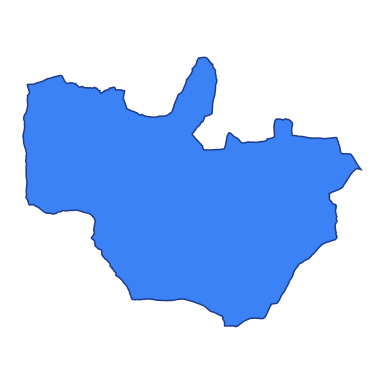 outline of Ikungi, Singida, United Republic of Tanzania
{"feature_id": "72390352B5494870713744", "entity_name": "Ikungi", "entity_type": "district", "adm_level": 2, "iso_a3": "TZA", "parent_name": "United Republic of Tanzania", "parent_adm1": "Singida", "projection": "mercator", "projection_center": [34.477, -5.124], "detail": "fine", "context": "isolated", "style": "filled", "palette": "blue", "viewbox_px": 384, "rotation_deg": 0, "n_neighbors": 0, "source": "geoboundaries", "source_scale": "gbopen_adm2", "svg_char_len": 5801}
<svg xmlns="http://www.w3.org/2000/svg" viewBox="0 0 384 384"><path d="M361.0,169.5L357.9,165.4L352.7,156.6L350.7,154.1L345.8,153.7L342.2,153.8L341.6,153.5L341.2,153.0L340.4,150.8L339.6,146.4L338.5,143.4L338.3,141.8L337.5,140.3L337.2,139.0L336.6,137.7L335.9,137.5L324.5,138.7L320.8,138.2L310.0,138.0L302.3,136.5L298.7,136.3L295.4,135.6L292.6,135.5L292.3,135.3L291.8,134.3L292.0,133.5L291.6,130.7L291.8,128.1L292.4,125.1L292.4,123.8L292.1,122.6L290.2,120.6L288.9,119.6L288.0,119.6L286.0,118.9L284.6,119.1L283.5,120.0L280.0,119.1L276.6,119.1L275.7,119.6L275.0,120.7L274.7,121.7L273.9,127.0L274.6,136.6L274.2,137.0L271.7,138.1L267.1,139.0L267.2,139.4L266.7,140.5L266.1,140.8L263.7,141.4L260.4,141.6L258.8,142.1L255.7,142.4L252.9,142.1L249.4,142.2L248.1,141.9L244.4,142.9L242.2,143.0L241.3,142.7L238.8,139.5L237.9,138.9L237.1,138.1L234.1,136.6L230.8,133.4L229.7,132.8L229.1,132.8L228.7,133.1L227.0,136.5L226.3,141.3L226.1,141.9L225.2,146.4L224.0,149.0L218.4,149.6L216.6,149.5L210.7,150.0L204.7,149.9L203.6,149.6L203.3,149.2L202.4,145.8L196.5,139.6L192.5,134.9L192.1,133.9L193.9,131.9L197.8,126.4L199.5,125.4L199.8,125.0L200.9,122.7L203.0,121.4L205.0,116.3L208.7,115.3L211.0,114.3L212.1,113.4L212.2,111.4L212.7,103.6L213.5,99.3L214.9,94.3L215.0,92.5L215.5,88.7L215.5,85.9L216.0,83.8L216.6,82.1L216.8,79.7L216.0,77.8L216.1,76.0L215.7,75.0L215.3,71.8L215.5,71.2L215.3,70.2L214.5,69.0L214.0,68.5L212.6,66.4L212.8,65.7L212.7,64.2L212.1,64.3L211.5,64.1L211.4,63.4L211.0,63.3L210.8,62.8L210.6,62.9L210.1,62.5L209.9,61.8L209.5,61.7L209.2,61.2L209.2,60.6L208.6,59.8L206.7,58.0L205.3,57.4L203.0,57.4L198.6,58.0L196.9,61.2L196.0,64.8L192.3,68.8L192.1,69.2L192.5,70.8L190.9,74.1L188.9,77.0L186.6,79.7L185.9,83.2L182.0,92.1L178.3,94.7L174.1,105.1L173.7,107.2L173.0,108.8L172.0,111.8L168.6,114.4L165.7,116.0L164.8,116.1L159.4,116.1L157.3,116.9L154.5,117.2L151.9,117.1L146.0,116.3L144.2,115.8L143.3,115.1L142.0,114.9L141.4,114.4L139.6,115.0L138.1,113.9L136.9,112.7L135.5,112.5L134.5,111.8L131.2,110.9L129.7,109.9L127.7,109.2L127.0,108.7L126.7,108.0L123.2,98.0L124.6,91.2L124.5,90.6L124.4,90.5L123.0,90.9L122.4,90.8L122.0,90.0L121.1,90.2L120.6,89.9L119.9,89.7L115.8,90.1L114.9,87.6L114.3,87.3L113.3,87.2L112.0,87.8L109.6,88.1L109.0,88.6L108.7,89.5L108.3,89.9L107.0,89.9L106.4,90.4L105.4,90.6L105.2,90.5L105.0,90.9L104.5,90.7L101.6,93.1L100.7,92.8L100.3,92.9L99.5,91.5L99.9,91.1L100.0,90.7L99.6,90.8L98.6,90.4L98.1,90.1L97.7,89.2L96.7,88.7L96.5,88.1L95.3,88.1L94.8,87.5L94.6,87.7L94.3,87.5L92.2,88.3L90.3,87.7L88.3,88.0L87.4,87.7L86.5,88.0L86.1,87.8L85.0,87.9L84.4,87.4L83.1,87.0L82.6,86.5L82.1,86.7L81.7,86.5L80.0,87.2L79.1,87.2L78.3,86.2L77.1,85.3L76.6,84.5L75.3,83.5L74.5,83.7L72.0,82.8L69.8,82.8L68.3,83.4L67.2,83.5L66.4,83.3L64.6,81.1L62.2,76.1L60.8,75.4L53.3,77.1L51.1,77.9L47.7,78.7L45.8,79.5L42.0,81.6L36.3,83.0L34.3,84.1L27.5,84.5L27.4,84.7L27.3,85.2L29.5,92.0L28.8,94.2L27.5,95.5L27.6,97.4L27.3,100.1L27.8,104.5L27.0,109.5L26.0,112.8L24.3,115.3L23.7,117.8L23.8,119.6L24.6,121.7L24.4,124.4L24.7,126.4L24.3,129.9L23.2,134.5L23.0,136.7L23.6,139.6L23.6,142.9L25.8,150.1L26.6,153.7L26.1,155.7L26.2,156.9L25.8,160.5L25.9,162.0L26.4,163.2L26.5,164.0L26.1,165.7L26.1,170.6L26.3,171.4L26.1,173.1L26.3,175.1L26.2,177.1L26.8,179.6L26.7,180.7L27.0,182.0L26.6,187.3L26.2,189.4L26.4,190.7L26.2,192.3L26.6,194.3L26.3,196.4L26.0,197.2L26.1,198.0L27.1,199.2L27.8,200.7L27.8,201.2L28.7,203.2L28.9,204.5L29.9,205.0L30.5,204.9L30.9,204.6L31.8,204.8L32.6,204.8L33.1,204.5L33.6,204.6L35.3,206.0L38.5,207.4L40.4,209.1L41.3,209.6L43.6,211.7L46.9,213.3L48.1,213.0L48.6,213.3L49.5,213.0L51.0,213.4L51.8,213.9L53.5,214.0L54.8,213.6L56.2,213.5L56.7,212.8L57.8,212.2L61.0,211.6L62.0,211.2L62.6,210.6L64.4,210.6L66.0,211.0L70.1,210.4L73.8,210.4L76.1,210.0L80.5,211.1L84.1,212.4L88.2,213.2L90.6,214.3L94.2,218.2L95.3,221.2L95.0,223.1L94.4,225.1L94.3,226.9L93.7,229.6L93.7,230.6L94.4,231.7L94.4,232.9L93.5,235.4L91.9,237.0L91.4,238.0L91.6,238.5L94.5,240.8L94.8,241.7L94.6,243.2L95.3,244.1L95.0,245.2L95.2,246.1L97.0,247.2L97.3,247.9L98.2,248.9L101.0,249.7L101.4,250.2L101.8,251.4L101.9,254.9L104.9,258.8L106.3,259.6L109.3,262.8L110.2,264.4L110.1,266.2L111.4,267.4L112.2,267.7L112.0,268.4L112.3,268.7L112.9,269.0L113.7,270.6L116.0,273.0L115.9,275.4L119.1,277.5L121.0,279.2L123.3,281.8L124.2,283.4L126.6,285.8L129.2,291.0L130.1,294.3L131.0,296.2L131.2,297.5L131.9,299.1L132.3,299.5L133.6,299.7L138.8,299.5L139.6,299.8L141.8,299.4L148.0,298.9L152.2,299.3L157.0,300.2L167.0,300.6L172.9,300.4L177.9,299.3L181.7,299.0L184.4,299.2L192.0,301.3L200.9,304.5L204.0,305.9L205.9,307.2L207.6,308.9L210.7,311.4L214.2,312.4L220.0,315.3L222.0,316.0L222.5,316.4L223.1,319.6L224.4,321.5L224.6,325.9L233.9,325.9L235.1,326.6L237.0,326.3L238.1,325.7L240.6,323.6L242.6,322.1L244.6,320.9L249.8,318.5L254.4,318.1L261.8,318.6L262.7,318.6L263.7,318.2L264.8,317.3L266.2,315.0L269.8,307.1L271.6,304.0L275.2,303.6L277.5,302.9L279.2,300.2L282.4,293.6L284.0,292.2L284.7,290.9L289.2,282.1L289.5,281.0L292.6,276.1L293.3,273.5L294.6,270.3L298.6,265.1L298.5,264.5L298.7,264.2L302.2,262.5L303.8,261.1L305.2,260.4L305.8,259.9L308.5,258.8L311.5,255.8L311.9,255.1L313.9,253.4L319.2,247.2L322.3,244.4L325.6,242.7L335.0,239.7L335.6,239.4L337.0,237.4L336.6,235.5L335.9,234.1L335.8,233.5L336.2,232.8L335.6,230.1L335.1,226.4L335.3,224.8L336.0,222.9L336.3,222.2L337.0,221.3L336.3,218.5L336.8,216.6L335.9,213.8L336.0,213.2L335.7,212.3L335.4,210.2L336.1,207.9L335.6,206.9L336.2,206.6L336.3,205.7L335.9,205.2L335.5,205.2L335.1,204.4L332.7,203.7L331.6,201.8L330.8,201.2L330.7,200.6L329.7,200.0L329.4,199.1L329.3,197.9L329.6,197.5L329.6,197.0L329.3,196.6L329.5,195.8L329.5,194.9L329.0,194.0L331.3,192.5L337.7,190.0L341.3,188.2L342.6,187.1L344.6,183.7L346.5,181.1L349.5,176.3L349.9,175.4L353.0,171.6L356.2,168.7L356.9,168.5L361.0,169.5Z" fill="#3b82f6" stroke="#1e3a8a" stroke-width="1.5"/></svg>